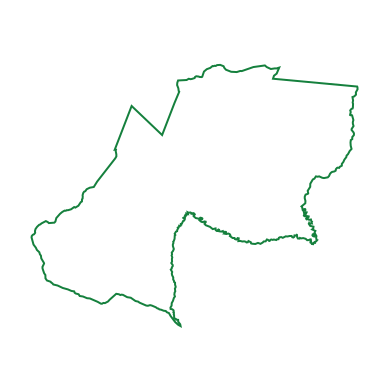 San Pedro, Jujuy, Argentina, rotated 97°
{"feature_id": "61730980B38086174579280", "entity_name": "San Pedro", "entity_type": "district", "adm_level": 2, "iso_a3": "ARG", "parent_name": "Argentina", "parent_adm1": "Jujuy", "projection": "albers", "projection_center": [-64.748, -24.311], "detail": "fine", "context": "isolated", "style": "outline", "palette": "green", "viewbox_px": 384, "rotation_deg": 97, "n_neighbors": 0, "source": "geoboundaries", "source_scale": "gbopen_adm2", "svg_char_len": 5930}
<svg xmlns="http://www.w3.org/2000/svg" viewBox="0 0 384 384"><g transform="rotate(97 192 192)"><path d="M159.3,273.8L159.0,273.0L159.2,272.6L160.4,272.8L163.8,271.7L165.9,271.4L168.0,272.3L193.2,287.4L199.0,290.1L200.2,294.0L202.1,296.9L204.2,298.0L204.8,299.1L206.1,299.8L208.5,300.2L209.8,299.9L211.9,299.8L212.7,300.3L214.8,300.1L215.7,301.2L219.5,303.1L221.7,305.9L221.3,307.1L223.9,309.9L225.2,312.9L225.3,314.1L226.0,315.0L226.0,316.2L227.6,318.3L229.7,320.3L234.4,323.5L238.0,324.0L239.2,324.9L240.3,330.3L239.4,331.5L238.7,333.5L241.6,337.7L242.6,338.5L243.2,339.7L245.4,341.5L247.8,342.8L249.9,343.1L251.6,342.7L253.2,343.6L253.9,344.8L255.3,345.7L256.7,345.7L263.5,342.9L266.3,340.2L268.4,338.9L270.4,336.2L272.3,335.4L273.6,334.2L276.3,333.5L280.3,330.4L281.0,330.1L284.6,331.3L286.2,331.0L290.6,328.9L292.3,327.4L295.6,326.9L297.5,325.2L298.3,321.4L298.9,320.9L299.7,319.4L300.7,318.4L301.2,314.0L303.0,308.6L303.8,303.3L304.9,299.6L305.0,296.8L306.3,296.2L306.9,295.1L307.3,292.1L308.9,290.8L309.0,287.5L310.2,283.2L310.1,280.4L312.5,272.3L313.9,268.9L313.9,267.8L312.9,266.4L312.9,264.9L310.9,262.0L308.9,260.6L302.3,254.8L302.4,252.1L303.0,250.6L302.5,249.5L302.5,248.0L304.3,243.5L304.4,239.9L307.1,234.8L307.4,232.0L308.2,230.7L310.3,223.6L310.3,221.9L309.4,219.8L309.6,218.1L310.8,213.9L311.8,212.1L311.8,211.2L312.5,210.1L312.6,208.3L313.3,205.7L313.3,203.6L314.4,202.3L315.0,200.1L317.6,198.2L323.2,192.8L325.5,189.5L326.5,187.0L324.7,187.6L322.4,189.9L320.6,190.2L320.6,192.2L320.0,192.5L319.6,194.0L318.4,194.5L316.3,194.8L315.8,195.2L314.1,195.2L313.7,195.8L312.5,195.6L311.6,196.0L310.8,197.3L310.7,199.0L309.3,199.3L307.3,198.4L304.8,198.6L302.3,197.6L299.4,197.1L297.8,196.2L296.1,197.0L293.9,197.0L292.7,196.5L289.9,197.2L288.8,196.7L287.9,196.7L286.1,197.5L284.0,197.8L283.6,198.7L282.1,199.2L281.2,200.0L279.1,200.2L277.0,201.6L275.5,202.1L273.8,201.9L271.6,203.6L270.5,202.8L269.3,202.8L267.9,202.1L266.9,202.2L265.0,203.9L263.6,203.3L260.9,203.8L259.3,203.6L257.5,204.5L256.4,204.2L254.6,204.7L252.7,203.6L250.8,203.1L247.9,204.4L246.3,204.6L244.8,204.2L243.6,204.6L242.9,204.1L240.7,203.6L237.3,203.8L236.7,203.3L235.6,204.1L233.3,203.1L232.7,202.0L231.3,202.0L229.5,201.2L229.0,201.7L227.9,200.4L227.0,200.6L226.9,199.3L226.3,199.2L225.9,198.7L225.0,199.1L224.6,198.2L221.9,197.3L221.3,196.3L219.8,195.8L218.7,195.9L218.5,196.6L219.1,196.8L219.0,197.4L218.7,197.5L217.5,195.7L216.4,195.2L216.2,196.0L215.4,195.7L215.3,195.4L215.9,195.2L215.5,194.6L214.1,195.0L214.4,193.3L212.6,193.9L213.0,192.8L212.5,191.1L212.9,190.1L213.6,190.1L213.7,189.8L213.6,189.1L212.8,188.3L213.1,187.2L213.9,186.5L214.5,186.8L214.5,187.6L215.8,187.5L217.4,185.1L217.7,181.7L216.5,180.6L216.6,179.1L217.0,178.5L217.8,178.6L218.2,179.6L218.0,180.8L219.0,181.3L220.2,179.6L220.6,178.3L220.5,177.4L219.7,176.1L219.8,174.8L220.3,174.7L222.1,175.7L223.3,174.3L224.4,169.9L226.3,166.9L225.3,164.2L227.0,163.8L227.7,162.5L227.5,161.4L226.7,161.8L226.0,161.2L226.2,160.6L227.5,160.8L227.7,160.4L227.7,158.0L227.0,156.6L227.8,156.2L228.5,155.0L227.5,154.5L227.5,153.5L228.4,153.2L229.4,154.5L229.5,152.8L228.8,150.9L229.2,149.5L230.3,148.6L231.1,149.0L232.7,146.1L232.5,144.2L233.4,143.8L233.8,142.3L233.4,141.3L232.7,141.4L232.2,141.1L232.3,140.0L235.1,140.0L234.7,138.2L235.0,136.0L234.6,134.2L234.8,132.6L235.4,131.8L235.1,130.5L233.8,130.0L234.7,127.5L235.8,127.1L236.0,126.1L235.9,122.9L234.5,120.3L235.1,117.7L233.5,115.6L232.4,114.9L232.0,112.9L230.0,111.9L230.2,110.8L231.2,109.4L231.0,108.9L229.9,108.3L229.5,107.5L229.7,106.0L229.2,105.0L229.4,102.5L228.7,102.0L228.3,100.4L226.9,100.2L226.3,99.4L225.9,97.9L226.4,96.3L224.6,93.6L224.5,91.7L223.8,89.8L223.5,87.8L224.7,86.9L224.8,85.8L224.1,85.1L222.6,85.0L222.6,83.6L221.7,82.8L221.8,82.6L223.7,82.2L225.2,81.3L225.2,79.8L224.4,79.3L224.8,78.2L224.2,76.0L224.6,73.5L225.8,71.8L225.4,70.0L224.6,68.9L224.6,68.3L226.6,67.8L227.1,68.4L227.7,68.3L228.3,67.1L229.0,66.7L229.0,65.4L227.8,65.3L227.5,63.8L226.6,64.1L225.9,62.8L224.5,61.9L224.3,62.6L221.8,63.3L220.6,63.1L219.4,64.0L220.0,64.8L221.3,65.4L220.9,66.7L220.3,67.2L219.3,67.0L218.7,65.8L218.7,64.5L217.4,65.4L215.6,64.8L214.5,68.2L213.5,67.2L211.6,67.2L211.2,70.6L209.3,72.2L208.6,72.0L209.7,71.3L208.6,70.2L208.6,69.2L207.7,69.6L206.9,69.3L206.5,70.0L204.8,70.6L205.3,72.4L204.7,73.9L205.2,74.8L204.6,75.5L204.2,75.4L203.9,74.4L202.6,73.2L202.0,73.2L201.9,74.6L202.7,75.1L202.0,75.7L202.3,77.4L201.8,78.1L201.2,78.0L200.4,76.5L198.3,75.8L198.3,76.4L199.2,77.3L199.3,78.2L197.4,78.8L197.0,79.3L196.5,78.9L196.5,77.3L195.4,77.4L195.1,77.8L195.9,80.1L193.7,80.8L193.0,81.6L189.4,78.2L187.1,78.3L184.3,79.4L182.7,79.5L180.7,78.9L179.7,76.8L179.1,76.5L176.7,77.3L172.5,75.3L169.4,75.6L164.8,73.6L163.9,72.2L161.4,70.9L161.5,69.1L161.0,67.7L162.0,64.5L162.1,62.7L160.9,59.0L159.4,57.9L157.3,57.3L156.0,56.5L155.0,55.4L154.2,53.1L153.3,52.0L151.9,52.0L150.4,51.0L150.1,50.5L150.1,48.9L149.0,48.4L147.6,46.5L145.8,46.7L143.7,45.4L141.3,44.7L138.6,43.1L137.0,43.0L135.5,41.8L132.1,40.5L129.8,38.9L126.8,40.1L123.6,40.7L121.1,40.7L120.0,39.4L117.9,39.6L115.9,38.3L114.5,38.3L113.3,38.8L110.9,41.2L109.9,41.2L106.8,39.7L104.8,40.6L103.1,40.9L100.9,40.6L96.5,42.4L96.2,42.9L96.5,44.1L96.3,44.5L93.3,44.2L91.7,44.9L90.0,43.8L89.6,42.8L88.6,42.6L84.8,42.9L83.8,43.4L81.5,43.3L78.2,44.3L77.3,42.6L75.4,41.1L73.1,41.5L69.9,40.2L68.1,40.5L67.2,40.9L69.7,125.4L66.6,124.8L64.2,122.4L57.9,120.6L59.1,123.3L59.2,124.8L60.3,128.7L58.9,133.0L57.5,135.1L60.5,146.3L65.9,157.3L66.0,158.9L67.5,162.2L67.9,167.8L66.5,173.2L64.9,175.0L63.3,176.0L62.4,179.5L63.0,182.6L64.0,183.8L63.9,184.8L64.5,186.0L64.5,187.0L66.6,189.0L68.3,192.3L71.0,194.8L76.4,195.9L76.8,196.6L76.9,198.7L76.6,199.3L76.6,201.9L77.5,203.0L78.6,203.3L79.8,205.9L80.2,207.2L80.0,209.0L81.5,211.0L83.0,219.4L85.3,219.9L87.7,219.8L90.7,218.2L93.4,217.5L94.0,216.9L105.7,220.2L139.1,228.6L114.0,262.4L159.3,273.8Z" fill="none" stroke="#15803d" stroke-width="2"/></g></svg>